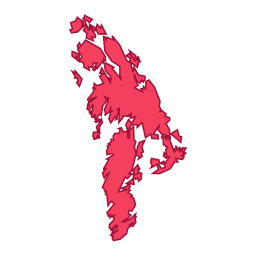 outline of Bømlo nor, Hordaland, Norway
{"feature_id": "86288312B58767518046388", "entity_name": "Bømlo nor", "entity_type": "district", "adm_level": 2, "iso_a3": "NOR", "parent_name": "Norway", "parent_adm1": "Hordaland", "projection": "mercator", "projection_center": [5.207, 59.741], "detail": "fine", "context": "isolated", "style": "filled", "palette": "rose", "viewbox_px": 256, "rotation_deg": 0, "n_neighbors": 0, "source": "geoboundaries", "source_scale": "gbopen_adm2", "svg_char_len": 5805}
<svg xmlns="http://www.w3.org/2000/svg" viewBox="0 0 256 256"><path d="M104.7,96.7L108.7,98.5L107.1,99.4L108.2,100.9L104.4,109.5L105.6,113.8L104.6,115.4L109.8,111.7L110.9,106.5L110.6,110.9L112.4,111.0L110.6,112.1L108.9,119.0L110.8,122.9L115.2,116.5L116.6,117.4L115.6,119.7L117.1,119.0L117.2,115.7L118.7,111.6L117.2,109.4L119.3,108.3L118.9,122.6L124.1,116.1L122.4,115.7L130.0,116.5L131.0,114.6L129.4,114.7L131.1,113.4L131.3,114.6L130.4,118.3L135.3,116.8L131.7,123.3L128.6,119.6L125.8,124.7L127.6,130.6L131.5,125.0L137.1,124.5L137.2,127.5L142.1,122.6L145.5,137.7L150.7,134.0L151.9,138.4L158.5,138.9L157.8,134.6L153.3,134.4L159.6,124.6L158.0,129.6L161.3,133.8L167.8,135.7L169.0,137.2L169.8,139.4L170.3,139.2L169.4,129.6L166.1,123.4L169.7,120.2L169.6,117.7L165.2,116.5L166.1,114.1L161.4,110.2L159.3,112.4L161.0,109.9L159.3,106.1L160.0,101.2L154.5,87.2L148.9,80.0L146.0,81.5L145.5,89.0L143.5,86.4L143.1,89.0L141.0,88.6L142.3,91.7L134.5,87.7L138.2,85.3L134.8,78.6L134.0,74.0L136.5,80.7L139.8,83.1L141.2,80.8L144.0,82.5L142.3,80.4L144.8,80.6L145.1,76.4L138.4,74.9L134.0,67.2L132.9,71.9L130.6,62.6L126.9,60.9L119.8,45.2L112.1,35.7L113.3,40.1L107.0,37.2L106.4,39.9L104.8,36.8L103.5,36.5L104.9,51.1L111.6,61.0L119.9,66.5L119.8,75.8L121.0,77.5L121.0,79.1L112.2,68.4L114.0,67.3L106.0,63.1L104.7,66.0L105.3,70.3L111.3,77.5L110.8,79.8L108.3,77.1L110.9,83.6L101.7,67.9L99.8,73.3L103.3,73.7L99.6,76.4L103.7,83.4L97.0,85.6L94.2,83.4L93.9,87.2L96.0,89.3L93.0,87.9L93.8,91.5L87.6,99.3L88.7,101.7L91.8,97.6L91.3,99.9L96.0,96.9L96.0,97.6L88.0,103.7L87.5,105.9L88.9,105.3L86.9,108.9L89.3,110.4L93.1,104.3L92.4,110.8L89.2,112.1L90.6,114.1L91.8,112.0L91.9,117.3L93.9,117.2L94.8,114.6L95.3,114.8L94.8,118.7L96.2,120.2L95.0,121.7L96.3,122.5L99.7,119.5L96.4,118.5L99.6,114.1L101.3,115.5L102.5,106.2L106.8,100.4L104.7,96.7ZM121.4,127.8L118.6,128.5L119.8,129.1L119.5,133.1L114.7,133.5L113.2,135.9L113.5,139.9L111.1,139.2L111.2,141.7L108.1,144.0L109.8,144.9L107.2,146.3L108.2,147.9L106.6,150.7L107.0,154.6L111.7,153.7L113.3,154.9L106.7,159.0L108.9,159.4L103.9,168.2L106.9,168.5L103.7,169.4L104.4,171.0L102.5,172.9L104.3,178.3L106.3,174.8L108.9,173.1L102.4,187.3L106.2,191.4L104.9,191.8L106.5,193.1L105.6,194.3L106.9,194.9L108.1,205.7L110.9,201.3L114.4,203.8L107.0,212.6L108.3,216.3L109.8,216.0L109.9,215.1L110.2,215.0L110.4,214.5L110.6,214.6L110.0,217.8L114.6,214.8L113.2,217.4L114.1,219.5L109.4,224.6L109.3,227.8L111.1,229.3L116.9,224.4L115.2,226.7L118.3,226.3L111.6,230.5L113.2,230.8L111.7,233.7L118.2,229.7L110.9,235.5L113.1,236.6L112.3,238.6L113.5,240.6L120.3,239.1L126.5,233.8L127.9,228.3L130.3,226.2L129.4,225.0L133.7,222.5L130.7,225.7L132.8,226.4L135.8,222.2L135.0,218.2L136.7,216.6L135.1,217.3L135.7,213.8L129.6,219.4L123.2,222.1L122.1,221.9L128.7,217.7L130.8,214.9L128.5,214.1L128.9,210.4L131.8,211.1L135.6,204.9L133.7,198.1L130.9,196.9L132.4,195.5L127.9,192.3L130.3,190.3L128.6,188.6L130.1,187.0L129.5,183.6L134.1,184.4L133.2,179.0L126.2,183.6L128.9,184.5L127.4,185.8L121.2,188.5L127.3,189.7L118.3,191.9L125.2,177.1L127.4,178.7L132.0,173.8L128.8,173.7L131.8,170.9L136.1,153.5L134.3,146.7L135.9,141.8L134.0,139.7L133.5,126.7L129.3,130.2L129.2,138.1L127.6,137.6L127.8,131.3L123.0,131.7L121.4,127.8ZM85.5,40.0L81.0,46.2L79.5,42.7L77.3,45.6L77.9,48.2L79.7,47.2L77.8,49.8L81.8,56.5L79.6,61.1L83.8,63.3L83.9,67.2L89.3,70.2L88.6,66.8L92.5,67.4L93.4,63.1L97.1,63.1L92.9,69.5L94.1,70.7L95.8,69.1L95.5,66.2L97.4,68.5L102.6,61.4L104.2,64.3L103.6,58.9L105.5,60.7L105.4,56.8L100.2,48.5L85.5,40.0ZM162.5,135.3L161.4,137.3L163.3,139.5L163.3,144.6L165.0,145.3L165.5,146.3L167.4,147.1L167.5,147.5L165.7,149.5L166.6,154.9L164.2,152.6L163.4,155.8L166.6,158.6L165.8,157.2L169.3,157.0L164.6,163.8L163.8,161.2L160.2,163.5L164.6,164.3L164.9,167.5L161.6,168.5L158.6,164.6L157.4,166.2L158.5,169.4L152.8,173.4L159.6,173.6L170.2,168.8L174.9,161.6L177.7,162.1L175.8,158.4L182.4,159.5L183.9,157.2L181.9,155.7L183.8,155.7L183.1,152.7L184.7,154.2L185.8,153.1L183.5,152.5L186.0,148.0L182.3,147.9L182.3,151.0L179.1,146.8L180.5,152.2L175.5,145.6L176.6,149.8L174.1,148.7L175.0,151.2L174.7,151.2L174.6,151.8L174.4,151.9L168.7,137.4L164.9,136.1L167.0,138.2L166.6,139.3L162.5,135.3ZM77.3,17.2L75.3,21.2L70.6,22.7L72.5,29.3L70.0,29.9L71.5,32.9L77.7,31.9L82.4,27.2L81.9,21.0L77.3,17.2ZM89.6,24.4L89.7,26.8L92.2,27.9L92.5,29.3L89.8,27.8L89.0,25.9L90.0,29.4L88.5,29.8L86.8,25.5L83.3,30.3L86.9,33.2L86.3,38.0L93.4,40.7L91.8,36.9L95.0,37.7L95.7,35.2L92.4,30.8L95.0,30.8L95.1,27.8L89.6,24.4ZM135.5,55.4L129.5,50.8L131.5,56.1L133.5,58.0L135.6,61.4L129.3,53.5L126.1,55.8L130.4,58.5L129.5,61.5L137.4,67.3L138.8,61.2L140.1,61.7L138.1,56.8L137.0,57.3L138.4,60.5L136.4,59.7L135.5,55.4ZM144.7,140.5L139.4,142.4L137.4,147.3L136.2,155.2L139.5,156.5L138.5,158.9L142.2,156.4L141.1,152.9L143.4,152.0L141.9,146.6L144.7,140.5ZM137.7,164.9L132.5,170.9L133.9,171.2L133.4,174.7L138.1,173.7L133.9,174.9L132.8,179.1L135.5,178.4L135.7,179.1L137.5,178.2L138.7,181.2L141.1,179.2L141.7,173.4L138.0,172.2L139.5,169.0L137.6,169.6L139.2,168.2L137.7,164.9ZM82.0,79.0L74.5,70.0L77.4,74.1L72.2,71.4L75.3,76.5L74.6,78.0L77.4,78.1L77.9,81.2L76.6,82.5L79.4,86.3L82.0,79.0ZM100.7,119.4L99.7,119.9L99.0,122.0L99.3,123.3L96.5,126.8L97.5,130.9L99.0,129.8L98.1,132.3L93.5,132.2L92.9,136.4L94.6,138.4L93.4,139.5L99.6,137.7L99.0,135.5L96.3,137.0L99.8,133.4L99.3,127.3L102.4,122.4L101.5,119.1L99.9,122.6L100.7,119.4ZM97.2,24.4L95.9,29.2L98.2,34.0L106.2,34.1L101.5,25.1L100.6,28.2L97.2,24.4ZM177.4,129.8L170.9,133.8L180.8,142.4L181.5,136.7L179.2,136.5L177.4,129.8ZM158.8,159.9L151.3,158.4L150.7,162.3L152.2,165.7L150.9,167.7L159.8,163.3L158.8,159.9ZM84.6,15.4L84.0,18.9L82.4,18.0L83.9,19.3L82.4,21.4L83.3,26.9L86.2,24.4L85.0,21.5L86.3,19.9L89.4,22.6L92.5,19.4L84.6,15.4ZM72.2,51.4L72.0,56.0L75.2,58.4L77.4,55.3L76.3,59.2L79.0,61.5L79.3,54.1L72.2,51.4Z" fill="#f43f5e" stroke="#9f1239" stroke-width="1.5"/></svg>